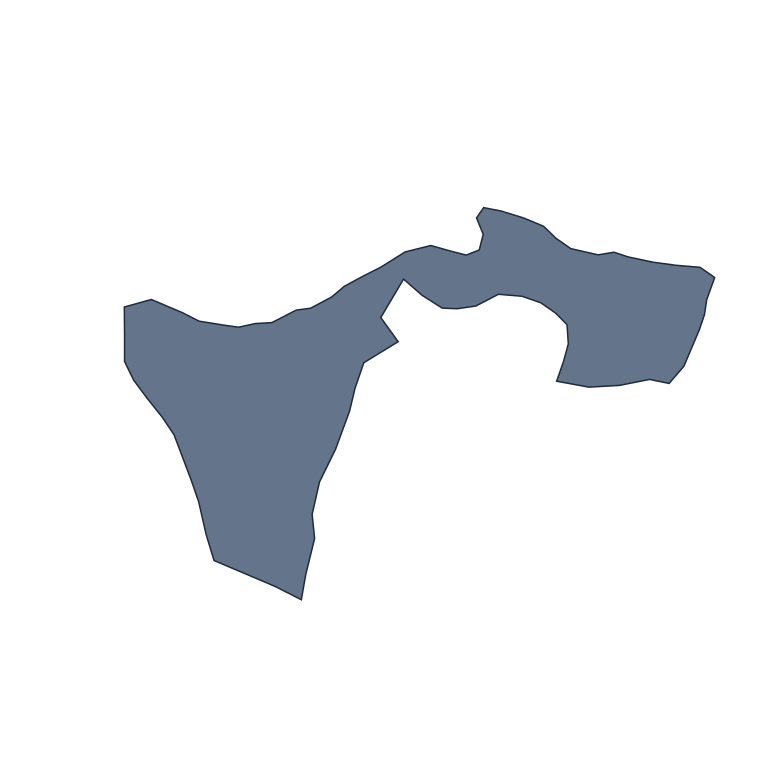 the district of Pigi, Cyprus, rotated 293°
{"feature_id": "46923920B21676423374692", "entity_name": "Pigi", "entity_type": "district", "adm_level": 2, "iso_a3": "CYP", "parent_name": "Cyprus", "parent_adm1": "", "projection": "natural_earth1", "projection_center": [33.773, 35.218], "detail": "fine", "context": "isolated", "style": "filled", "palette": "slate", "viewbox_px": 768, "rotation_deg": 293, "n_neighbors": 0, "source": "geoboundaries", "source_scale": "gbopen_adm2", "svg_char_len": 1155}
<svg xmlns="http://www.w3.org/2000/svg" viewBox="0 0 768 768"><g transform="rotate(293 384 384)"><path d="M153.1,392.2L178.2,386.4L214.7,380.5L235.9,368.8L268.7,362.9L305.2,364.9L345.7,362.9L368.8,359.0L395.7,357.1L428.5,380.5L443.9,355.1L488.2,361.0L480.5,384.4L476.6,407.9L481.8,421.8L491.6,438.0L511.3,454.3L518.7,476.8L520.0,496.8L516.3,514.3L510.1,529.3L492.9,538.0L474.4,540.5L454.0,541.8L461.2,573.9L474.7,601.3L492.0,626.7L495.9,646.2L517.5,653.1L539.7,653.1L557.0,653.1L573.0,651.9L587.8,648.1L611.2,646.8L614.9,629.3L607.5,606.8L601.3,584.3L596.4,559.3L595.2,544.3L586.5,530.5L581.6,503.0L585.3,485.5L591.5,469.3L591.5,456.8L591.4,448.0L589.0,424.3L585.3,406.8L573.0,404.3L560.6,416.8L544.6,419.3L534.8,409.3L532.3,393.0L529.8,373.0L513.8,351.8L490.4,335.5L475.6,323.0L458.4,309.3L443.6,301.8L425.1,286.8L417.7,274.3L396.7,256.8L389.3,241.8L379.5,228.0L375.8,214.3L369.6,189.3L370.9,170.5L370.9,150.5L370.9,136.8L353.4,114.9L326.4,126.6L303.3,136.4L289.8,152.0L278.3,171.5L266.7,193.0L255.2,210.6L220.5,243.8L203.2,259.4L176.2,278.9L155.1,296.5L155.1,318.0L155.1,362.9L153.1,392.2Z" fill="#64748b" stroke="#1e293b" stroke-width="1.5"/></g></svg>